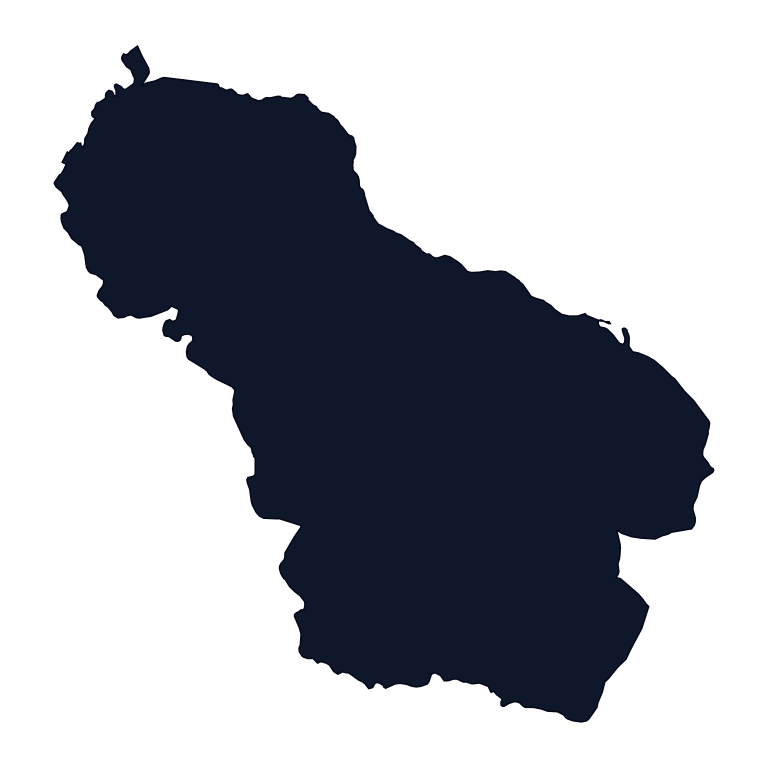 Comandau, Covasna, Romania (Albers equal-area conic projection)
{"feature_id": "2599482B75444527653757", "entity_name": "Comandau", "entity_type": "district", "adm_level": 2, "iso_a3": "ROU", "parent_name": "Romania", "parent_adm1": "Covasna", "projection": "albers", "projection_center": [26.312, 45.738], "detail": "fine", "context": "isolated", "style": "filled", "palette": "ink", "viewbox_px": 768, "rotation_deg": 0, "n_neighbors": 0, "source": "geoboundaries", "source_scale": "gbopen_adm2", "svg_char_len": 6003}
<svg xmlns="http://www.w3.org/2000/svg" viewBox="0 0 768 768"><path d="M713.2,468.7L710.7,467.2L709.6,465.9L708.1,463.0L703.5,457.3L702.5,455.0L702.8,449.9L705.2,444.2L708.2,433.6L708.0,430.9L708.9,428.3L709.6,422.9L708.6,420.7L693.5,400.5L684.5,391.4L674.8,379.0L671.4,376.5L663.3,368.3L654.2,360.5L647.7,356.8L638.5,353.0L632.6,351.8L628.9,346.5L629.2,337.9L628.8,335.5L627.2,331.6L627.0,330.0L625.0,328.3L623.3,328.3L622.3,329.1L622.9,332.1L625.0,338.3L624.7,342.2L623.7,343.9L622.1,344.2L620.7,343.8L618.5,342.3L613.3,335.2L607.4,329.4L605.3,328.2L599.8,326.9L598.2,324.0L598.3,321.4L599.2,320.8L603.6,321.2L608.8,323.6L610.3,323.6L609.1,321.7L605.0,321.7L601.2,319.9L598.5,320.3L586.7,315.5L585.1,313.7L577.6,316.1L569.2,316.1L561.8,314.5L554.7,309.6L550.9,305.6L545.3,302.2L543.6,300.6L535.9,298.4L531.1,296.4L522.6,284.1L520.8,283.0L518.6,280.4L516.1,279.0L514.8,277.6L505.4,271.7L500.8,271.1L495.6,271.8L487.5,270.9L479.7,272.2L471.6,272.6L467.4,271.6L461.4,264.8L457.8,261.9L449.9,256.8L444.8,255.5L438.0,257.9L435.1,258.0L432.2,256.6L429.5,254.1L426.2,254.1L421.5,250.8L420.2,248.7L415.5,245.3L413.0,242.4L409.4,240.8L401.3,235.0L395.1,232.8L393.8,231.5L387.1,228.9L378.0,223.9L373.2,217.4L372.9,215.7L372.0,215.8L372.0,214.4L371.4,213.5L369.1,210.9L364.4,195.3L364.4,193.9L363.4,190.7L361.9,188.9L360.9,188.7L359.4,186.2L359.0,179.8L358.2,176.8L356.8,174.4L353.6,171.0L352.9,169.4L352.9,166.7L352.5,165.7L353.0,163.1L353.0,159.7L354.5,157.1L355.5,153.8L355.8,146.5L354.2,141.4L353.6,137.9L351.8,136.1L349.4,135.4L347.8,134.2L342.6,127.4L340.3,125.2L338.3,121.5L336.7,119.6L335.4,118.9L333.7,116.7L328.7,113.5L321.5,112.4L319.1,110.6L316.0,106.6L312.9,105.0L307.8,99.9L308.0,98.0L304.4,94.7L298.4,94.3L296.7,94.9L293.8,97.3L290.8,98.5L280.6,97.3L280.4,96.5L277.9,96.3L270.3,97.9L266.3,97.7L263.7,98.9L262.3,100.2L258.3,100.9L251.2,98.0L247.7,93.8L243.1,95.5L239.7,95.1L237.0,94.4L235.8,92.6L231.8,89.3L230.2,89.2L226.2,90.4L221.8,88.1L219.3,87.7L218.1,84.7L217.4,84.1L164.4,77.6L161.8,78.0L154.7,81.1L146.1,83.1L142.1,85.5L141.8,85.2L148.6,74.2L149.2,72.4L149.1,71.1L148.6,68.3L142.0,56.1L137.5,46.1L130.7,51.0L127.8,54.2L125.7,54.8L123.6,53.9L122.2,56.2L121.7,58.2L122.2,60.2L126.5,66.6L131.0,69.7L133.2,75.7L134.7,78.4L134.0,83.0L133.1,84.1L125.8,89.4L123.3,89.2L121.5,86.9L116.4,84.1L115.2,84.5L114.6,85.5L114.5,86.9L116.1,90.6L116.1,95.8L114.2,95.9L112.8,92.3L112.0,91.5L109.5,90.5L108.4,90.7L106.1,93.1L105.6,94.7L105.6,97.9L104.8,98.8L99.6,102.2L97.6,102.5L96.3,103.9L95.2,106.3L95.0,108.2L92.0,111.7L91.8,113.9L91.9,115.4L92.9,116.8L95.1,118.1L93.5,121.0L92.6,121.6L91.3,123.6L89.0,128.5L88.1,133.2L84.9,138.6L84.8,142.3L84.3,144.8L82.5,147.4L80.8,144.9L80.7,143.2L79.0,143.5L77.4,142.7L70.9,150.8L70.4,150.5L69.0,153.1L67.3,152.0L62.2,162.3L66.3,164.1L63.8,169.7L61.0,174.4L59.7,174.6L54.4,182.5L54.3,183.6L56.3,187.0L62.0,191.8L62.6,193.5L66.9,199.8L69.0,203.7L69.3,206.2L67.5,211.0L65.9,212.4L62.3,213.8L61.3,215.2L61.2,218.6L61.6,221.6L64.0,228.0L68.3,232.4L71.7,238.5L79.2,244.8L81.1,245.4L82.1,246.7L84.8,254.9L86.4,267.0L88.3,270.8L90.3,272.8L96.3,274.7L103.3,279.9L103.7,280.7L103.5,284.2L102.1,286.9L99.1,290.6L97.4,295.2L97.6,296.8L100.8,300.5L103.0,301.8L105.4,305.2L108.3,307.1L112.3,312.2L114.0,315.4L118.0,317.9L124.2,317.2L127.2,315.6L131.0,314.8L135.9,317.4L139.0,318.0L151.2,316.1L167.7,309.7L171.5,306.1L178.1,309.1L178.7,310.6L178.2,313.2L176.7,318.9L175.6,320.6L172.5,321.4L169.7,319.6L166.0,321.1L164.6,323.3L163.3,327.2L162.9,330.3L164.3,335.4L165.7,336.1L168.9,336.4L176.0,341.2L178.0,341.2L179.7,340.4L180.7,338.7L181.1,336.5L181.7,335.5L184.6,334.4L187.9,334.0L191.5,335.1L192.6,336.4L193.0,340.4L189.2,344.0L187.5,346.6L186.5,352.1L187.2,356.9L188.5,359.0L204.3,368.7L207.1,371.0L208.9,374.0L212.3,376.6L217.0,379.4L232.0,386.7L234.8,390.0L234.8,391.9L233.1,399.9L233.5,404.6L232.6,408.6L233.6,416.1L244.3,439.6L247.6,444.2L251.0,447.3L251.8,449.3L252.2,452.1L253.8,455.6L253.7,456.5L255.3,458.2L255.2,473.7L254.8,475.1L252.6,476.6L248.0,477.5L246.9,479.7L247.4,482.7L249.8,489.5L251.3,500.9L252.3,504.8L255.9,511.9L258.0,514.4L259.5,516.1L263.8,518.2L277.9,518.8L278.4,518.4L300.7,525.4L301.0,527.2L294.4,536.8L285.0,552.9L284.9,557.1L284.2,559.6L281.2,563.2L279.6,566.3L279.6,569.2L280.7,573.0L282.3,576.3L284.1,578.8L284.9,578.9L289.7,586.7L295.2,591.9L300.1,595.7L304.4,601.2L305.0,604.1L304.5,608.1L303.3,609.9L300.8,610.0L298.3,612.1L296.5,612.7L294.5,614.7L294.6,616.7L299.5,628.1L301.1,634.3L300.3,644.8L299.0,648.3L299.4,651.7L300.0,653.0L302.1,656.0L303.5,657.1L307.8,658.5L313.0,658.4L317.6,663.1L320.5,661.7L322.1,661.9L325.9,663.0L329.3,664.8L333.7,671.5L337.9,674.2L342.4,671.9L349.2,673.2L358.7,680.1L362.4,681.8L365.0,683.8L368.8,688.6L372.2,687.7L373.4,686.5L374.1,684.4L375.6,682.8L377.5,682.6L379.4,683.0L382.9,685.1L383.9,687.1L385.6,688.2L395.4,683.8L400.1,683.3L406.7,684.3L411.7,686.2L416.3,686.9L420.8,686.3L427.3,684.0L429.0,681.5L431.4,674.3L433.8,673.0L435.6,673.0L440.5,675.5L444.2,680.8L448.2,680.7L453.8,679.0L457.2,679.1L463.2,682.0L466.7,682.0L472.1,683.8L479.6,683.0L488.3,686.4L490.7,691.8L491.4,692.3L492.9,691.4L494.0,691.5L496.7,694.7L501.7,698.6L502.2,699.7L501.1,701.6L501.0,703.9L501.2,705.3L502.5,706.2L504.0,706.3L508.7,703.5L513.2,701.9L515.7,701.6L519.5,702.7L523.3,706.3L525.2,707.3L533.9,707.4L542.0,709.1L547.4,711.1L557.3,711.7L563.7,714.9L565.9,717.7L567.6,718.9L573.2,720.8L581.4,721.9L586.4,720.9L588.2,719.6L590.1,717.2L596.9,707.4L597.8,702.9L602.3,692.0L604.8,682.0L608.2,678.8L618.2,666.6L625.9,659.3L630.9,648.8L641.8,628.3L648.7,606.6L646.1,604.0L642.6,599.0L638.2,594.0L620.3,578.6L616.1,577.7L618.2,574.3L618.9,571.5L617.9,563.9L619.3,559.2L619.9,554.9L620.3,547.2L620.1,544.6L616.9,530.7L617.6,530.3L621.5,533.2L631.4,536.6L641.0,538.1L655.2,539.0L662.5,535.6L667.5,534.3L671.5,532.2L691.5,528.8L694.3,525.0L695.2,521.6L695.2,517.7L692.8,509.2L693.3,504.3L696.9,497.0L699.4,485.6L701.2,481.2L705.5,477.2L712.5,472.5L713.7,470.6L713.2,468.7Z" fill="#0f172a" stroke="#020617" stroke-width="1.5"/></svg>